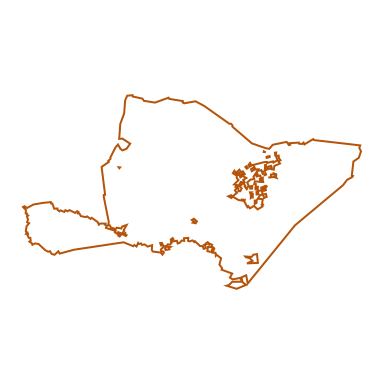 outline of Baarle-Nassau, Noord-Brabant, Netherlands
{"feature_id": "6326949B26201619362436", "entity_name": "Baarle-Nassau", "entity_type": "district", "adm_level": 2, "iso_a3": "NLD", "parent_name": "Netherlands", "parent_adm1": "Noord-Brabant", "projection": "albers", "projection_center": [4.882, 51.437], "detail": "fine", "context": "isolated", "style": "outline", "palette": "amber", "viewbox_px": 384, "rotation_deg": 0, "n_neighbors": 0, "source": "geoboundaries", "source_scale": "gbopen_adm2", "svg_char_len": 6088}
<svg xmlns="http://www.w3.org/2000/svg" viewBox="0 0 384 384"><path d="M127.2,95.7L125.1,100.6L124.2,113.2L120.3,123.9L119.2,138.9L122.4,138.6L130.2,143.7L126.5,148.8L122.5,150.4L120.4,148.8L118.0,144.5L115.5,147.4L110.4,157.4L110.5,158.8L108.3,160.9L108.8,161.9L101.6,166.9L105.1,194.8L103.8,195.0L103.7,196.4L108.8,222.1L108.2,225.5L109.8,225.3L111.0,227.7L115.3,228.8L115.2,229.6L116.8,227.7L121.3,228.5L122.2,226.5L126.6,225.0L123.7,230.1L124.2,230.8L119.7,236.5L118.4,235.8L120.1,232.9L118.2,232.1L117.3,233.9L114.9,232.3L115.6,230.9L105.9,227.9L106.6,225.5L105.0,224.7L105.5,223.6L100.2,223.5L98.9,224.7L97.6,222.0L91.7,217.8L90.5,218.9L87.1,216.4L85.5,217.1L80.8,216.1L79.6,213.8L77.9,213.4L78.6,212.1L77.1,211.2L75.1,212.9L69.6,210.1L67.5,211.3L65.4,210.2L64.3,211.9L60.4,210.4L59.4,211.3L57.6,209.9L57.4,208.5L54.2,208.7L52.3,203.5L51.1,203.5L50.8,202.1L42.9,202.9L33.5,204.5L27.0,208.0L24.5,206.2L23.0,207.0L25.9,210.0L25.7,213.4L27.1,213.7L27.1,215.4L28.0,215.6L27.0,216.7L28.0,219.5L27.1,222.2L29.1,223.2L26.6,226.2L25.8,231.1L26.6,232.2L26.2,233.3L27.5,232.6L28.1,234.2L27.3,234.9L28.8,237.8L30.3,237.8L30.7,240.7L29.4,241.6L31.9,243.3L32.4,244.8L35.1,243.4L38.5,244.0L45.3,250.2L48.2,251.7L50.0,251.2L51.6,253.9L54.5,254.8L58.4,251.3L59.6,253.6L74.1,249.7L123.6,242.3L133.2,246.2L134.3,245.0L136.5,246.5L138.1,243.0L138.8,244.1L141.0,243.4L142.0,244.9L144.6,244.4L147.7,246.6L152.1,245.2L151.8,249.9L152.7,251.5L160.8,252.6L162.4,254.6L163.8,252.7L163.6,251.6L161.2,251.0L160.9,249.4L164.3,246.2L166.6,246.0L167.8,244.3L170.1,244.6L171.4,243.1L171.0,242.0L174.4,241.1L176.9,240.8L177.7,243.5L179.6,242.9L181.7,240.5L184.2,240.9L184.0,238.2L188.3,237.9L188.0,240.8L189.5,241.4L192.5,240.4L194.2,242.1L194.9,241.2L200.0,246.0L202.7,246.2L203.6,248.8L205.6,248.3L205.5,246.4L204.2,244.9L206.4,244.1L205.9,243.4L207.6,242.2L209.2,243.5L208.5,245.3L210.1,243.9L212.0,244.7L211.1,247.1L207.9,247.0L207.4,251.2L211.3,252.0L212.9,247.2L214.3,248.4L212.7,252.7L215.5,252.8L215.8,255.7L216.6,254.8L221.1,258.3L219.4,264.6L222.1,268.2L221.6,269.7L232.2,273.6L229.9,277.6L232.7,279.4L239.8,278.0L241.2,279.6L241.6,281.7L232.2,281.8L228.9,285.1L226.7,285.7L236.6,288.8L246.1,284.9L242.5,282.2L241.4,277.4L246.2,275.3L247.7,283.5L295.0,225.3L343.1,185.1L347.1,179.8L352.1,177.2L352.9,176.0L351.8,175.7L353.4,161.5L358.8,157.8L361.0,151.4L359.3,147.9L360.2,145.4L314.1,140.1L313.2,139.1L304.4,144.4L303.6,142.6L302.1,144.0L299.1,143.7L298.9,142.6L289.6,143.2L290.2,144.7L288.9,145.1L286.6,141.9L272.7,144.8L269.3,148.8L265.5,148.1L251.9,143.4L232.4,126.7L232.5,125.4L231.1,123.8L229.3,123.7L204.1,105.9L195.5,101.3L184.2,103.3L182.7,102.5L182.9,101.1L169.3,98.9L168.6,97.7L155.0,102.6L143.9,100.8L142.4,98.6L132.7,96.5L132.6,95.2L127.2,95.7ZM262.8,194.6L260.3,195.0L257.7,198.8L262.8,199.1L262.1,203.2L263.0,204.7L261.8,205.0L262.5,206.5L257.6,209.4L254.0,205.9L249.9,208.3L248.2,206.1L247.4,207.1L244.4,201.7L244.7,200.2L243.6,200.7L243.5,199.6L242.1,199.6L242.5,200.6L238.7,200.1L232.6,196.6L231.4,198.0L228.3,196.3L231.2,195.2L232.5,196.5L236.9,192.9L234.9,190.3L237.0,188.0L235.5,187.0L236.9,185.1L234.1,184.5L238.5,180.1L237.0,178.4L236.4,175.4L237.3,175.2L236.9,174.3L235.6,173.3L235.1,174.6L232.9,173.2L234.4,170.7L236.0,172.8L239.4,169.7L240.8,172.0L238.1,173.4L241.2,175.1L239.5,175.2L240.4,177.4L242.7,175.9L246.3,178.0L243.2,179.9L244.7,182.3L243.7,183.3L245.4,186.0L244.7,186.4L246.7,189.2L248.6,185.8L247.2,182.5L250.3,179.7L254.2,179.0L253.5,176.7L256.7,171.9L257.6,174.3L256.2,175.2L256.6,176.5L260.3,175.5L262.2,182.0L261.3,181.9L260.7,178.4L259.8,178.7L260.2,181.9L254.9,181.3L254.2,184.1L255.8,184.1L255.8,187.0L257.9,186.8L257.8,187.8L255.4,187.9L255.5,189.2L257.8,189.1L257.9,190.9L261.5,190.5L261.2,187.5L262.7,187.2L263.4,190.4L262.1,192.3L262.8,194.6ZM267.7,169.4L264.8,170.2L264.9,171.8L262.5,171.4L263.0,174.6L261.3,170.2L258.3,170.8L257.6,170.7L258.4,169.3L255.5,169.4L253.3,164.9L264.3,162.1L267.0,162.0L267.1,163.0L273.0,161.4L273.4,162.6L277.5,160.2L275.9,156.0L278.7,155.6L278.9,158.2L280.5,160.2L278.4,161.5L280.0,163.5L274.3,166.0L273.8,169.7L269.4,168.7L271.7,167.6L271.1,165.8L267.7,166.8L267.7,169.4ZM257.0,254.1L257.9,262.9L247.0,263.4L252.5,260.9L249.6,258.1L246.0,257.3L245.3,256.5L251.7,256.9L253.2,254.8L257.0,254.1ZM276.5,177.9L274.0,177.0L268.3,177.6L270.9,177.2L271.0,174.5L273.5,174.5L273.5,173.3L276.2,174.2L276.2,175.4L275.2,175.5L276.5,177.9ZM191.8,220.0L193.9,218.7L196.9,221.3L195.7,223.3L192.9,222.7L194.2,221.8L191.8,220.0ZM262.8,194.6L265.9,193.9L266.7,196.8L264.3,197.9L262.8,194.6ZM241.0,171.9L242.8,171.3L244.8,174.1L243.1,175.1L241.0,171.9ZM251.7,171.2L251.1,169.1L253.5,167.6L254.7,169.6L251.7,171.2ZM248.5,165.0L250.0,162.9L251.5,165.5L249.6,166.7L248.5,165.0ZM264.8,190.6L263.9,187.5L267.2,185.6L265.4,188.1L265.9,190.2L264.8,190.6ZM122.8,234.4L125.3,233.1L125.3,234.7L126.5,235.1L125.8,236.0L122.8,234.4ZM160.2,243.1L161.9,242.9L163.1,245.3L161.0,245.5L160.2,243.1ZM269.7,157.1L266.7,157.9L266.5,156.8L269.5,156.0L269.7,157.1ZM262.8,177.7L262.7,179.4L263.2,182.0L262.5,182.0L261.8,178.0L262.8,177.7ZM246.8,168.7L245.4,167.0L246.5,166.2L247.8,168.0L246.8,168.7ZM171.1,240.5L170.8,239.5L172.7,238.1L173.4,239.1L171.1,240.5ZM274.9,152.7L276.1,152.5L275.8,155.4L275.3,155.5L274.9,152.7ZM264.2,174.3L265.8,173.7L266.1,174.6L264.5,175.2L264.2,174.3ZM262.7,187.1L264.8,186.0L265.0,186.6L262.7,187.1ZM263.7,152.0L263.8,151.3L265.7,152.2L263.7,152.0ZM118.7,167.3L120.0,167.4L119.4,168.2L118.7,167.3ZM241.7,188.3L239.7,186.4L241.9,184.4L241.2,183.6L242.3,182.2L240.9,181.9L237.3,187.7L238.4,188.7L238.4,191.2L240.3,191.2L241.7,188.3ZM165.7,250.0L169.4,249.3L168.7,247.8L170.3,247.0L166.9,246.5L165.0,248.6L165.7,250.0ZM250.8,197.9L252.4,196.5L252.8,198.4L252.8,193.8L250.9,193.9L250.8,197.9ZM256.5,203.0L256.7,200.5L254.7,200.6L254.8,203.9L256.5,203.0ZM252.0,188.6L252.3,186.0L249.9,186.3L250.3,188.7L252.0,188.6ZM256.6,194.5L258.4,194.3L258.0,191.5L256.5,191.5L256.6,194.5ZM265.1,165.0L265.0,168.4L265.6,168.2L265.9,165.0L265.1,165.0ZM250.3,193.3L251.3,192.3L250.0,192.3L250.3,193.3Z" fill="none" stroke="#b45309" stroke-width="2"/></svg>